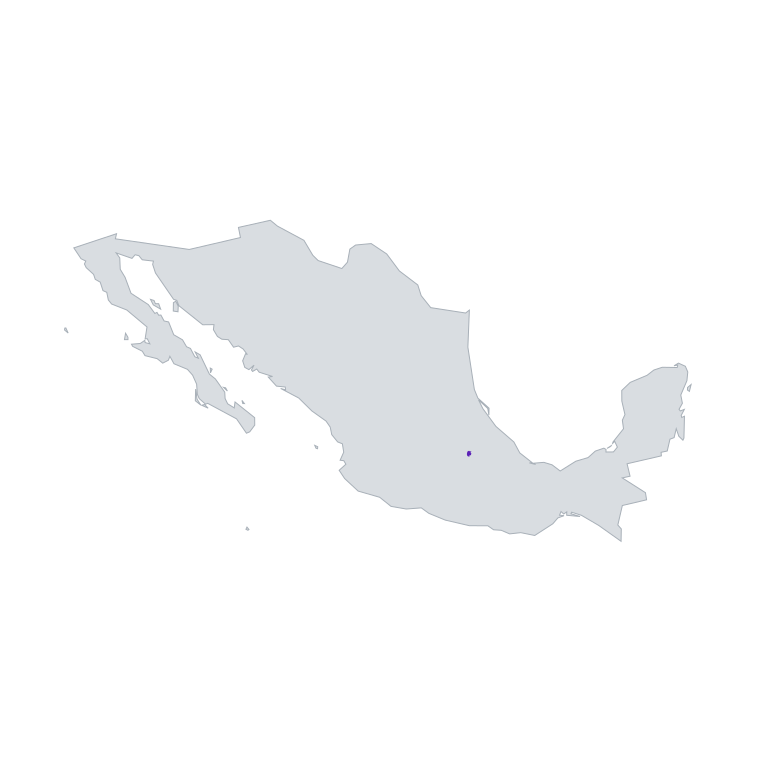 location of Temascalapa, México, Mexico, rotated 347°
{"feature_id": "50627088B1319644746594", "entity_name": "Temascalapa", "entity_type": "district", "adm_level": 2, "iso_a3": "MEX", "parent_name": "Mexico", "parent_adm1": "México", "projection": "natural_earth1", "projection_center": [-98.879, 19.816], "detail": "fine", "context": "in_parent", "style": "filled", "palette": "violet", "viewbox_px": 768, "rotation_deg": 347, "n_neighbors": 0, "source": "geoboundaries", "source_scale": "gbopen_adm2", "svg_char_len": 4753}
<svg xmlns="http://www.w3.org/2000/svg" viewBox="0 0 768 768"><g transform="rotate(347 384 384)"><path d="M112.4,181.6L157.2,177.4L154.9,182.1L224.5,209.1L277.1,209.0L277.4,198.7L310.1,198.9L315.7,206.2L338.3,226.0L343.6,242.6L347.6,248.9L368.9,262.0L375.8,257.1L381.1,244.9L387.6,242.2L403.1,244.3L415.9,257.9L424.4,277.3L439.2,295.1L440.1,306.3L446.7,320.1L479.5,333.2L483.8,331.2L474.0,367.0L470.8,409.7L472.3,418.9L480.9,431.2L479.2,437.9L479.6,431.2L472.5,420.7L474.8,430.3L483.5,450.5L497.5,469.7L500.8,481.7L510.6,493.9L507.9,493.6L513.6,496.5L511.8,494.8L522.1,496.3L529.5,500.5L536.1,508.4L553.5,502.4L566.3,501.6L574.8,496.9L583.8,496.0L585.6,497.7L585.0,500.2L592.3,501.8L597.2,498.0L595.9,491.8L593.4,493.3L594.1,492.0L607.3,481.5L608.1,472.9L611.9,468.0L611.9,454.1L614.2,443.8L624.3,437.8L642.3,434.7L650.1,431.1L658.9,430.3L673.4,433.9L674.5,431.6L670.7,431.5L675.6,429.9L681.6,434.5L682.7,440.6L679.9,448.9L670.7,461.5L670.4,469.9L665.8,475.0L666.6,476.9L670.9,476.3L666.5,481.5L666.6,483.6L669.5,483.0L664.1,504.1L662.6,506.0L659.5,501.2L658.7,493.3L654.6,501.5L650.2,502.1L644.9,513.0L638.6,512.9L638.1,516.4L602.9,516.4L603.0,529.2L595.0,529.1L614.3,548.7L613.8,555.9L588.9,556.0L580.1,574.0L582.6,578.6L579.6,590.6L561.4,570.1L546.9,556.4L538.0,551.1L537.0,552.5L545.2,557.2L532.5,553.0L533.3,549.7L529.9,551.1L527.8,548.1L525.5,551.3L529.8,552.8L523.3,553.6L517.0,558.2L496.8,565.5L483.8,559.6L472.7,558.3L465.3,552.9L458.0,550.7L453.3,545.5L435.4,541.3L413.1,530.4L398.6,520.1L392.5,513.1L377.5,510.8L363.3,504.8L354.3,493.4L334.7,482.5L324.4,467.3L320.9,458.0L328.8,453.6L327.6,449.7L324.1,448.4L329.4,441.4L330.0,432.9L325.8,430.0L321.7,421.6L321.9,413.9L319.2,407.1L307.7,394.1L297.8,378.5L282.3,365.1L286.8,367.6L287.1,364.7L278.8,361.9L272.8,351.2L277.1,351.6L265.0,344.4L263.4,340.8L258.8,342.2L258.0,340.5L261.6,336.4L255.6,339.6L252.1,336.5L251.5,329.6L255.9,323.4L257.5,324.6L254.6,318.2L250.8,314.2L245.7,314.3L242.3,305.8L236.1,303.9L232.4,300.2L230.0,292.7L231.7,287.9L220.7,285.5L201.8,261.6L200.9,255.9L198.0,254.1L186.3,224.4L185.5,215.4L187.0,212.4L176.4,208.6L174.0,203.8L170.6,202.1L166.7,204.9L152.5,196.0L154.9,201.7L152.8,212.9L155.7,221.8L157.9,238.7L172.2,253.6L176.6,263.7L178.9,263.2L179.9,266.3L182.1,266.6L183.9,273.1L188.1,275.1L190.2,288.7L197.6,295.6L200.0,303.3L203.4,305.8L205.8,314.9L208.9,317.1L207.2,310.3L211.4,314.2L216.1,335.1L220.8,341.1L227.0,356.1L225.9,362.4L227.2,368.1L232.7,373.6L234.8,368.0L250.4,387.7L248.8,395.0L242.4,400.4L238.9,401.0L232.5,384.8L207.9,363.2L205.6,363.5L200.7,356.7L199.8,352.1L201.4,342.0L199.5,332.3L195.8,325.5L183.9,317.0L181.6,308.8L179.3,312.3L173.1,313.9L168.7,308.3L157.5,302.6L155.9,297.7L147.6,290.8L146.9,288.4L155.6,289.7L160.7,287.7L160.6,289.9L164.9,292.2L163.5,286.6L161.4,286.3L165.9,275.1L150.0,254.0L136.6,244.8L134.3,240.1L134.5,232.3L131.2,229.8L130.4,220.9L126.2,217.1L125.7,211.9L120.0,203.6L119.1,199.7L121.1,197.1L117.0,193.8L112.4,181.6ZM201.0,261.9L199.5,267.3L195.1,265.5L197.1,257.4L199.7,256.5L201.0,261.9ZM183.2,260.8L177.0,255.0L175.5,249.0L178.7,250.9L179.3,254.3L182.5,255.1L183.2,260.8ZM679.9,459.9L678.3,458.1L679.0,455.7L683.1,453.6L679.9,459.9ZM200.8,363.4L196.4,357.9L199.3,346.6L198.4,356.7L200.8,363.4ZM144.5,283.2L141.1,282.4L143.6,276.4L145.0,280.9L144.5,283.2ZM87.7,263.3L84.9,259.5L85.6,257.7L86.6,257.8L87.7,263.3ZM204.6,363.6L207.2,368.0L201.6,363.7L204.6,363.6ZM305.3,430.2L304.7,432.1L303.3,431.3L302.7,428.2L305.3,430.2ZM228.8,352.1L229.8,355.6L226.9,351.2L228.8,352.1ZM218.3,329.4L219.9,330.9L217.4,334.1L218.3,329.4ZM219.7,495.4L218.5,495.9L216.8,494.5L218.3,492.6L219.7,495.4ZM589.9,496.1L586.8,496.9L592.2,495.0L589.9,496.1ZM243.6,371.7L242.0,371.3L241.9,368.0L243.6,371.7Z" fill="#d9dde1" stroke="#a8b0b8" stroke-width="1"/><path d="M449.8,471.2L449.7,471.3L449.7,471.5L449.8,471.7L449.8,471.8L449.9,472.0L450.0,472.1L449.9,472.2L449.9,472.3L449.8,472.5L450.0,472.6L450.1,472.8L450.3,472.9L450.4,473.0L450.5,473.0L450.5,472.9L450.5,472.7L450.7,472.4L450.8,472.4L451.0,472.4L451.0,472.5L451.0,472.4L451.1,472.2L451.2,471.9L451.3,471.9L451.3,471.7L451.5,471.6L451.7,471.8L451.8,471.9L451.9,472.0L452.0,472.0L452.0,471.9L452.1,472.0L452.2,471.9L452.3,471.9L452.4,471.7L452.2,471.7L451.9,471.4L452.0,471.2L452.2,471.3L452.2,471.2L452.3,471.1L452.3,470.9L452.2,470.9L452.1,470.7L452.2,470.4L452.2,470.2L452.2,469.9L452.3,469.8L452.2,469.8L452.1,469.7L451.9,469.6L451.7,469.5L451.7,469.4L451.8,469.3L451.8,469.2L451.6,469.0L451.4,469.0L451.2,469.2L450.9,469.1L450.7,469.2L450.7,469.3L450.5,469.5L450.4,469.5L450.5,469.5L450.4,469.6L450.3,469.8L450.5,469.8L450.5,470.0L450.5,470.3L450.4,470.3L450.2,470.4L450.1,470.5L449.9,470.8L449.8,471.0L449.8,471.2Z" fill="#8b5cf6" stroke="#5b21b6" stroke-width="1.5"/></g></svg>